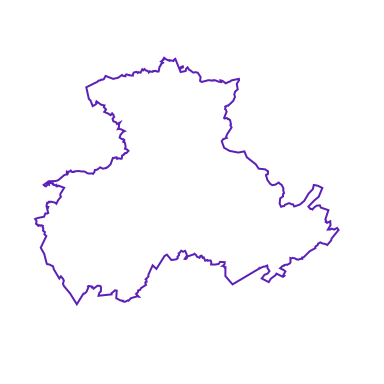 outline of Moate Lea-4, Westmeath, Ireland, rotated 99°
{"feature_id": "5873133B47178775343132", "entity_name": "Moate Lea-4", "entity_type": "district", "adm_level": 2, "iso_a3": "IRL", "parent_name": "Ireland", "parent_adm1": "Westmeath", "projection": "mercator", "projection_center": [-7.571, 53.503], "detail": "fine", "context": "isolated", "style": "outline", "palette": "violet", "viewbox_px": 384, "rotation_deg": 99, "n_neighbors": 0, "source": "geoboundaries", "source_scale": "gbopen_adm2", "svg_char_len": 5979}
<svg xmlns="http://www.w3.org/2000/svg" viewBox="0 0 384 384"><g transform="rotate(99 192 192)"><path d="M243.2,342.7L245.2,340.9L247.8,341.1L248.4,340.2L248.3,339.4L249.4,338.8L249.5,338.4L248.7,337.7L249.1,336.6L248.4,335.8L248.8,333.9L250.1,334.1L251.0,333.2L253.5,333.1L254.6,331.0L256.8,331.2L258.3,329.0L270.7,332.7L276.2,328.3L285.2,324.4L285.9,323.9L285.9,321.7L287.1,317.7L290.1,316.3L298.2,309.5L295.8,308.3L298.0,305.7L299.7,304.7L302.9,305.1L304.9,303.8L311.3,296.5L320.9,288.2L309.3,283.3L309.2,282.3L307.1,280.6L302.2,279.4L301.5,280.0L301.0,279.4L301.0,276.3L301.8,276.0L301.5,275.3L302.9,274.2L299.4,270.7L299.1,268.6L299.4,267.6L300.5,266.9L304.4,266.5L306.1,267.7L309.1,268.1L305.7,255.4L304.7,255.7L301.1,252.6L301.2,250.9L308.8,250.2L310.3,245.6L310.2,243.4L310.7,243.5L310.9,242.7L310.9,240.9L309.2,238.6L309.3,237.6L306.7,236.0L306.0,234.8L303.7,230.0L303.7,228.3L301.4,231.3L299.3,229.7L297.6,229.8L296.9,228.0L295.0,227.4L290.9,222.9L289.3,223.9L288.2,223.8L287.8,222.8L285.8,223.4L285.4,224.1L282.5,221.9L280.4,222.1L270.6,219.4L273.5,215.1L259.5,209.1L257.8,207.0L262.4,201.7L261.0,197.1L259.6,195.7L258.1,196.2L256.4,194.9L254.7,195.6L254.2,194.8L251.7,193.5L252.4,191.4L251.2,189.7L252.4,188.7L255.5,187.0L259.2,188.7L259.2,187.8L258.4,186.9L256.5,186.6L253.3,180.5L252.6,179.9L253.7,178.0L255.1,177.0L255.8,174.3L254.5,173.8L254.2,173.1L253.7,173.4L253.4,172.5L255.3,171.3L254.7,170.2L257.8,168.2L256.7,166.1L257.4,165.7L256.7,162.9L258.2,162.0L260.6,161.8L260.1,158.0L258.9,154.4L256.6,153.3L256.2,148.7L258.5,148.6L260.2,150.2L260.1,149.2L261.5,148.0L261.1,147.2L269.8,145.9L276.9,137.5L257.5,114.1L256.7,113.7L257.0,113.4L254.7,110.1L254.3,108.5L252.9,106.2L255.3,105.5L258.0,103.1L260.8,104.6L262.4,107.4L266.5,109.6L269.0,102.1L265.3,100.6L261.0,96.4L259.4,95.8L261.6,88.9L260.3,87.6L259.8,88.8L255.8,87.3L254.4,89.8L254.5,90.4L253.5,93.0L251.0,91.0L250.3,89.5L249.7,89.4L249.0,87.4L249.1,86.7L247.2,84.2L246.0,83.7L241.8,84.5L242.0,83.4L241.3,82.1L241.5,79.8L242.3,77.8L242.0,77.0L242.2,76.3L241.0,74.4L240.8,72.7L239.5,73.0L239.1,71.6L232.0,66.4L228.1,61.3L227.1,61.7L226.2,61.3L224.9,59.6L223.3,59.4L221.7,57.4L222.4,55.0L222.5,52.1L223.2,50.1L218.0,47.0L216.2,46.9L206.6,41.3L204.8,43.1L206.9,45.8L206.3,48.2L207.5,49.9L207.9,51.9L203.1,50.0L199.3,50.9L201.4,53.8L200.6,55.3L199.8,54.8L198.2,56.0L188.6,54.4L187.2,62.4L185.2,63.6L186.0,66.7L188.1,68.9L190.4,70.3L190.0,70.9L190.3,72.3L188.2,74.8L181.1,69.8L176.9,66.1L167.6,63.9L166.1,68.8L166.0,72.8L170.3,73.1L175.3,76.6L183.3,79.8L187.6,83.6L190.3,88.8L188.3,90.4L188.6,92.0L187.9,93.4L187.9,94.5L190.1,98.2L191.5,98.8L191.9,100.4L192.7,101.6L189.8,103.6L184.5,103.9L182.1,101.4L179.9,101.8L178.7,100.9L175.7,102.3L174.2,102.2L170.8,104.7L170.5,105.8L169.1,107.9L171.7,110.8L172.7,113.8L171.6,116.2L168.3,119.4L163.8,121.6L163.2,121.3L162.6,119.9L159.7,120.1L158.2,123.3L158.5,129.8L154.7,133.3L149.1,143.3L143.7,146.6L145.8,152.4L145.5,161.4L143.3,167.2L137.1,170.6L134.9,169.4L133.1,166.1L132.3,166.9L129.3,166.3L122.1,163.0L119.9,164.6L119.0,164.1L115.0,165.7L114.1,167.5L114.4,168.0L113.5,169.1L114.3,171.4L113.9,171.9L107.4,170.4L105.9,171.1L104.8,172.4L103.0,172.0L102.4,172.5L101.0,170.4L101.1,169.8L95.7,165.6L91.4,164.4L88.9,165.5L86.1,165.1L83.4,162.9L78.3,164.7L74.1,163.0L72.9,163.4L75.6,170.5L77.2,172.0L77.5,173.1L79.4,175.6L77.4,179.4L77.3,181.3L78.9,180.5L78.9,182.7L78.0,186.9L78.5,188.0L78.2,188.6L79.0,189.8L78.8,191.5L79.1,193.5L81.8,199.7L81.0,201.4L77.1,201.5L73.3,204.9L73.1,207.2L73.8,209.2L73.6,210.1L72.2,212.4L71.9,213.8L69.6,215.9L71.3,217.1L73.5,217.2L75.3,222.0L71.9,224.0L71.9,222.5L71.0,222.1L70.6,220.7L69.9,220.3L69.3,220.7L70.3,222.4L71.1,222.7L71.8,224.1L63.1,229.3L64.3,230.5L65.5,230.8L65.3,234.8L65.9,234.8L65.1,238.1L63.8,240.5L65.6,241.3L65.9,240.9L68.0,243.0L68.9,240.9L70.8,242.8L72.0,242.7L73.2,243.6L78.2,243.8L78.5,245.2L78.0,246.8L78.4,247.2L78.4,249.2L79.5,249.7L79.6,251.7L79.3,252.5L80.7,253.4L79.8,254.0L79.2,255.4L79.3,256.4L78.0,258.2L79.4,259.1L78.6,260.3L82.2,261.5L82.0,263.5L82.9,264.2L82.0,265.5L82.9,267.9L84.1,268.6L86.3,268.7L86.5,271.8L86.2,272.3L86.5,272.6L86.1,274.6L86.3,275.5L87.3,276.1L88.1,275.9L88.2,278.1L87.3,279.4L90.7,282.8L92.6,287.6L90.9,295.5L94.4,296.8L95.2,298.2L95.1,299.2L96.1,299.9L96.4,301.4L98.1,302.9L105.1,312.8L116.3,308.4L117.4,306.6L122.7,303.5L120.3,300.6L119.1,300.0L118.7,300.1L118.6,300.7L117.4,300.5L120.0,295.4L120.2,292.0L122.0,292.4L123.9,289.8L126.6,291.2L127.8,286.6L128.9,284.4L126.8,283.2L128.2,281.5L129.1,281.5L130.0,280.6L132.2,281.9L134.5,280.7L135.0,277.9L136.6,276.7L134.6,274.0L136.6,274.8L139.1,274.3L141.4,275.0L141.1,274.3L141.2,271.8L142.4,268.0L143.4,269.5L146.8,271.6L149.6,272.0L150.7,269.5L150.6,268.0L151.2,267.0L152.9,267.8L153.3,267.6L152.8,267.0L153.2,266.5L154.7,265.6L157.8,264.6L159.7,265.0L160.2,262.8L161.3,261.2L163.7,262.8L163.9,264.0L165.0,265.0L165.5,264.8L166.9,266.7L170.0,266.6L170.4,268.0L170.1,268.6L170.3,270.0L171.0,271.1L169.5,271.8L169.5,272.2L170.2,272.9L170.1,273.8L170.9,274.8L170.8,275.5L177.5,276.8L180.7,279.2L181.5,280.1L181.3,280.4L182.1,281.4L182.9,283.8L182.0,286.5L184.4,288.8L185.2,290.0L185.4,291.4L187.5,291.5L189.6,292.6L189.2,293.6L189.9,296.3L189.8,298.5L188.9,300.2L188.6,302.2L189.0,304.1L189.0,307.1L190.0,311.4L190.7,311.7L191.0,313.6L189.8,315.1L190.9,315.8L190.9,316.6L191.8,317.4L191.4,318.8L192.7,318.7L193.4,317.6L194.2,317.9L194.1,318.5L195.4,320.9L201.3,326.0L202.5,328.4L203.8,335.2L208.2,339.6L209.2,338.0L209.2,337.0L206.8,335.7L207.2,334.4L205.8,334.8L205.0,332.1L205.3,330.5L206.1,330.8L206.7,329.8L206.7,328.0L206.2,327.2L207.6,326.7L207.4,325.5L206.6,325.0L207.8,318.9L214.5,321.7L215.9,321.6L217.2,320.7L221.1,323.0L224.8,324.1L223.9,325.8L223.6,329.4L223.8,330.4L224.3,330.8L223.9,331.3L224.0,331.9L225.4,332.7L225.4,333.4L228.9,333.5L229.7,333.1L229.2,332.7L229.2,331.6L231.9,332.2L235.2,330.7L236.0,331.7L236.0,333.4L239.6,334.3L241.8,340.3L243.2,342.7Z" fill="none" stroke="#5b21b6" stroke-width="2"/></g></svg>